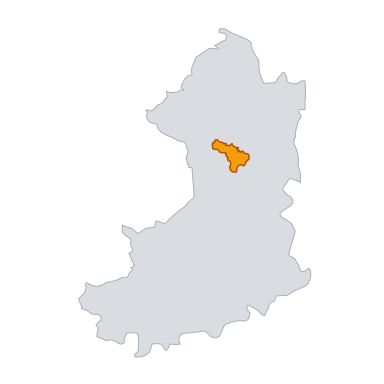 location of Dalaba, Dalaba, Guinea, rotated 86°
{"feature_id": "49546643B54901917722686", "entity_name": "Dalaba", "entity_type": "district", "adm_level": 2, "iso_a3": "GIN", "parent_name": "Guinea", "parent_adm1": "Dalaba", "projection": "orthographic", "projection_center": [-12.176, 10.89], "detail": "fine", "context": "in_parent", "style": "filled", "palette": "amber", "viewbox_px": 384, "rotation_deg": 86, "n_neighbors": 0, "source": "geoboundaries", "source_scale": "gbopen_adm2", "svg_char_len": 5800}
<svg xmlns="http://www.w3.org/2000/svg" viewBox="0 0 384 384"><g transform="rotate(86 192 192)"><path d="M239.1,256.9L235.7,256.4L234.2,257.1L229.7,262.4L227.1,264.4L222.9,263.8L221.4,264.2L220.3,263.6L221.8,260.7L223.9,255.0L229.4,249.2L229.5,248.0L227.2,244.6L224.9,240.0L224.8,235.1L224.4,231.5L219.5,230.6L218.6,230.0L218.5,228.8L221.2,222.6L221.4,221.4L221.1,220.2L218.1,217.1L213.4,211.3L205.4,199.4L202.4,196.9L199.6,193.3L198.5,191.0L195.5,190.1L167.7,190.3L167.2,193.4L157.6,195.6L151.7,193.1L145.1,194.5L141.9,196.1L139.5,203.1L138.1,204.6L136.6,207.7L135.3,209.4L133.9,212.9L130.8,217.8L127.5,220.9L121.9,222.6L120.1,227.8L118.9,229.7L116.7,231.2L114.4,232.2L109.8,231.1L107.3,232.1L106.8,230.8L108.3,226.7L107.2,224.6L102.8,220.3L102.4,218.2L101.0,215.6L95.3,210.1L89.9,210.4L91.4,205.9L91.4,199.8L89.6,196.5L90.1,193.1L89.1,193.3L87.3,195.6L84.4,194.8L78.5,191.2L75.6,187.7L75.3,184.7L74.6,183.5L72.8,184.1L69.2,184.0L58.0,178.7L50.2,165.2L50.0,162.2L51.2,157.1L50.9,155.6L47.3,159.1L46.6,156.7L43.8,151.4L43.1,148.3L40.4,146.9L38.3,146.6L36.6,147.6L34.4,153.9L32.7,153.8L31.1,152.5L31.5,147.8L35.8,142.0L43.1,127.3L45.7,123.9L47.3,122.7L50.7,122.6L57.3,120.7L65.5,116.2L71.7,116.6L79.0,116.1L88.6,112.9L88.8,103.0L88.4,100.8L85.1,98.8L83.1,97.1L81.4,94.9L79.4,93.3L79.4,91.7L83.7,89.6L87.6,89.6L88.9,88.8L89.8,87.4L91.0,83.8L91.4,80.1L88.8,75.0L89.0,71.4L103.0,72.0L110.6,73.0L116.9,73.3L117.9,74.1L117.0,77.6L117.8,79.7L120.0,80.2L123.5,77.8L125.3,78.4L129.2,81.4L132.9,82.2L136.9,83.9L140.6,84.8L144.0,84.7L146.5,86.4L151.1,86.9L157.2,84.7L161.9,83.8L168.6,83.6L172.1,84.3L182.2,82.5L190.2,83.5L188.9,84.7L185.3,92.6L185.7,94.0L193.9,100.7L195.8,101.2L198.0,100.3L201.5,97.1L204.2,93.8L206.9,92.1L209.9,92.2L212.4,94.6L218.2,104.5L219.7,105.8L221.1,105.7L223.6,103.9L224.9,101.7L230.2,95.1L238.4,91.7L258.2,99.1L261.1,99.7L262.7,99.1L265.2,94.6L272.5,90.8L276.1,89.7L278.1,89.5L278.9,88.3L279.2,86.5L278.8,84.6L276.5,81.3L276.4,80.3L277.7,79.6L280.5,79.1L284.1,79.4L288.3,80.8L291.6,82.9L293.6,85.4L297.4,95.9L301.6,104.0L301.6,115.1L303.4,116.2L305.5,116.6L306.4,117.5L308.5,122.0L310.4,123.3L312.7,123.6L316.9,126.5L319.7,127.6L320.1,128.5L320.0,129.7L319.0,131.2L314.9,134.3L312.9,137.0L308.8,143.3L308.7,144.4L309.6,145.3L311.3,145.4L313.1,144.9L317.0,142.6L320.0,143.4L323.0,145.1L324.1,146.9L324.4,149.3L323.7,152.3L323.7,155.8L324.7,161.6L326.3,167.4L327.9,169.5L337.7,174.5L338.6,176.4L339.2,178.6L338.5,181.6L337.5,183.2L332.2,187.9L331.4,190.1L331.9,194.1L332.5,211.2L334.6,214.0L337.2,215.5L343.0,214.6L342.9,219.3L342.2,224.7L345.6,226.3L347.4,227.9L348.4,229.4L343.0,232.3L341.4,233.9L340.7,238.4L341.0,242.5L348.3,245.3L351.1,248.7L352.4,252.2L352.9,259.0L352.3,260.5L350.4,260.6L346.7,256.5L341.0,256.2L336.8,255.4L329.8,256.1L328.6,257.3L327.9,266.3L329.6,267.7L333.0,269.4L335.2,270.1L337.0,269.9L338.4,270.9L338.7,273.9L337.8,276.0L336.0,278.1L333.7,283.3L334.2,288.0L330.4,295.6L329.2,297.1L324.0,295.6L320.5,295.2L318.1,297.1L314.6,294.2L314.0,291.9L312.7,291.5L310.4,291.5L308.3,292.8L307.4,295.2L307.0,300.1L303.2,304.7L300.5,310.4L297.4,309.9L296.7,310.6L293.4,312.1L290.5,312.6L289.7,311.1L288.1,309.9L286.2,307.5L284.1,305.5L280.0,304.2L278.4,304.8L276.5,304.7L275.3,303.9L275.4,302.7L277.5,299.7L278.7,297.0L279.4,294.0L279.3,291.1L278.2,287.1L276.3,283.9L275.9,282.1L276.1,279.5L275.6,277.0L275.0,275.8L274.1,271.1L273.1,270.3L272.5,266.6L272.6,262.8L271.0,261.3L268.6,260.3L267.1,258.8L266.2,257.2L265.3,256.7L264.6,256.8L263.9,257.8L263.1,258.1L261.6,254.5L261.0,254.4L260.0,255.2L248.7,259.2L247.2,255.9L245.0,255.3L241.3,256.7L239.1,256.9Z" fill="#d9dde1" stroke="#a8b0b8" stroke-width="1"/><path d="M163.3,132.8L162.4,133.0L161.6,132.5L161.0,132.6L160.6,132.7L159.5,132.8L158.6,133.0L157.9,133.6L157.6,134.9L157.3,136.1L156.7,137.2L156.3,137.5L155.5,138.0L154.7,138.5L154.9,138.9L155.2,139.6L155.4,140.7L155.5,140.7L155.1,141.2L154.5,141.7L154.5,141.8L154.6,142.0L154.0,141.7L153.7,142.0L153.7,142.4L153.9,142.9L154.6,143.3L153.5,143.4L153.3,143.7L153.1,143.7L153.0,143.9L152.8,144.1L152.6,144.2L152.3,144.2L151.9,144.0L151.8,143.8L151.8,143.4L151.7,143.2L151.6,142.9L151.3,142.8L151.1,142.7L150.9,142.8L150.8,143.3L150.8,143.9L150.8,144.3L150.8,144.6L150.7,144.7L150.6,145.4L150.2,146.0L149.8,146.2L149.7,146.5L149.4,147.0L148.6,148.0L148.3,148.3L147.5,148.5L146.6,148.7L146.6,149.0L147.1,149.6L147.7,150.4L148.5,151.3L148.4,152.2L147.7,153.4L147.8,154.9L147.1,155.0L146.3,154.6L146.1,155.5L145.5,156.5L145.4,156.9L146.0,157.0L144.4,158.7L144.4,159.4L144.3,160.1L144.0,160.6L143.9,161.1L143.4,161.8L142.8,162.1L142.3,162.4L142.2,162.3L142.3,162.6L141.7,163.2L141.6,164.6L141.7,165.0L142.0,165.2L142.1,165.5L142.4,165.8L142.7,165.8L143.5,165.7L143.9,165.9L144.4,166.7L144.1,167.6L144.4,167.9L145.2,167.9L145.5,168.2L145.9,168.3L146.3,168.5L146.6,168.5L147.6,168.1L148.2,168.3L149.0,168.4L150.1,168.2L150.6,167.7L151.0,166.0L151.2,164.9L151.2,164.2L151.4,163.5L152.5,162.4L153.6,161.9L154.4,161.2L154.8,159.3L155.0,158.3L155.1,156.4L155.3,155.8L155.7,155.6L156.1,155.2L156.3,155.8L156.5,155.7L157.7,155.2L158.8,155.3L159.2,154.5L160.0,153.9L160.4,153.6L160.8,153.7L161.4,154.3L162.1,154.3L162.3,154.3L163.1,153.5L163.4,153.4L163.4,153.1L163.5,152.5L163.7,152.2L164.0,151.7L165.0,151.5L165.4,151.5L166.3,151.4L166.7,151.5L167.8,151.4L168.5,152.1L169.7,152.8L170.3,152.4L171.0,152.5L171.7,152.5L172.4,152.1L173.1,151.4L173.9,151.3L174.1,150.6L174.3,150.4L174.7,149.9L175.0,149.0L175.1,147.8L175.0,146.3L174.5,146.0L173.9,146.0L173.2,145.9L172.3,145.8L171.1,145.4L169.7,144.6L168.9,143.4L168.7,142.7L168.4,142.0L168.3,141.3L168.6,140.5L169.1,139.4L169.4,139.3L169.3,138.8L169.0,137.8L168.3,137.1L167.5,136.7L165.6,136.1L165.0,135.4L164.8,134.8L164.6,134.4L163.9,134.2L163.7,133.4L163.3,132.8Z" fill="#f59e0b" stroke="#b45309" stroke-width="1.5"/></g></svg>